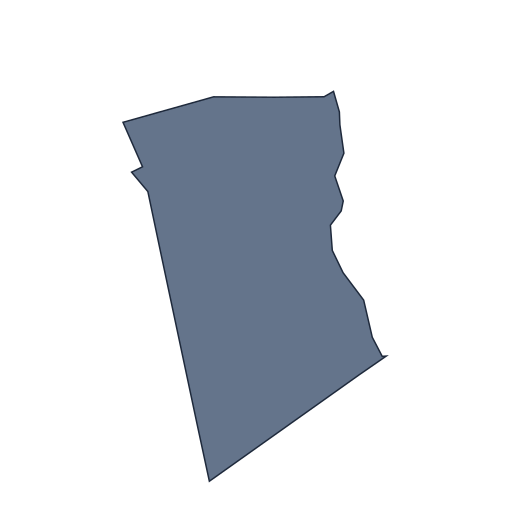 Columbia, New York, United States of America, rotated 153°
{"feature_id": "52423323B79096114646112", "entity_name": "Columbia", "entity_type": "district", "adm_level": 2, "iso_a3": "USA", "parent_name": "United States of America", "parent_adm1": "New York", "projection": "albers", "projection_center": [-73.71, 42.244], "detail": "fine", "context": "isolated", "style": "filled", "palette": "slate", "viewbox_px": 512, "rotation_deg": 153, "n_neighbors": 0, "source": "geoboundaries", "source_scale": "gbopen_adm2", "svg_char_len": 481}
<svg xmlns="http://www.w3.org/2000/svg" viewBox="0 0 512 512"><g transform="rotate(153 256 256)"><path d="M399.8,76.5L218.1,103.3L185.4,107.7L189.1,109.3L189.3,130.8L180.1,167.8L186.0,201.6L185.5,226.3L175.7,249.7L159.6,257.5L153.3,265.4L149.5,291.6L131.0,307.7L121.7,334.8L116.3,346.5L112.2,367.5L123.1,367.0L167.7,389.2L221.6,417.1L313.8,435.5L316.6,387.0L328.8,387.2L323.1,362.5L339.1,303.3L384.7,133.4L399.8,76.5Z" fill="#64748b" stroke="#1e293b" stroke-width="1.5"/></g></svg>